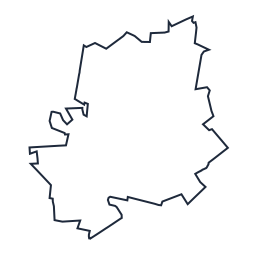 the district of Imuris, Sonora, Mexico, rotated 88°
{"feature_id": "50627088B72229722954939", "entity_name": "Imuris", "entity_type": "district", "adm_level": 2, "iso_a3": "MEX", "parent_name": "Mexico", "parent_adm1": "Sonora", "projection": "mercator", "projection_center": [-110.696, 30.837], "detail": "fine", "context": "isolated", "style": "outline", "palette": "slate", "viewbox_px": 256, "rotation_deg": 88, "n_neighbors": 0, "source": "geoboundaries", "source_scale": "gbopen_adm2", "svg_char_len": 2363}
<svg xmlns="http://www.w3.org/2000/svg" viewBox="0 0 256 256"><g transform="rotate(88 128 128)"><path d="M18.8,59.3L21.6,66.4L27.8,80.8L23.4,83.6L29.4,83.9L29.7,83.9L33.0,84.1L33.9,88.1L34.0,101.9L42.8,103.1L42.4,111.3L36.3,118.1L35.5,119.6L32.3,125.9L35.9,129.4L48.0,147.0L41.9,158.0L45.6,166.8L43.9,169.3L68.6,174.2L70.9,174.5L71.3,174.6L72.0,174.8L72.7,175.0L86.2,177.8L86.3,177.9L88.8,178.4L89.0,178.4L90.1,178.7L92.2,179.1L92.5,179.2L97.1,180.2L103.1,171.0L101.1,170.5L102.5,167.3L109.3,168.2L114.9,168.9L113.1,171.9L107.7,173.0L106.3,172.9L106.4,189.3L117.7,183.3L122.2,188.8L117.9,192.6L111.1,195.3L109.1,202.3L109.2,203.8L118.2,206.1L125.3,204.1L130.8,191.5L132.3,191.2L132.2,187.7L143.2,190.6L143.3,197.5L144.0,227.1L150.3,226.9L148.2,220.1L155.1,219.5L160.3,219.3L160.4,226.4L163.8,223.4L166.8,220.7L182.4,207.0L195.3,208.8L196.0,205.7L199.0,205.7L203.6,204.8L217.5,204.6L218.3,201.2L219.3,196.8L218.9,183.0L218.8,179.0L226.5,182.0L229.5,169.8L233.2,170.8L235.1,170.9L236.7,170.7L236.5,170.0L237.2,169.6L232.0,160.9L227.3,153.2L226.8,152.3L218.4,138.7L217.8,137.6L217.7,137.4L214.5,137.4L206.6,142.1L205.4,143.6L203.9,149.2L199.2,150.6L197.0,149.8L196.1,148.2L200.3,131.2L196.9,130.6L198.8,124.2L204.7,103.9L206.0,100.2L206.4,97.6L202.7,96.2L196.1,76.9L206.2,71.0L201.0,65.3L199.2,63.3L189.6,52.6L184.6,57.7L176.2,62.4L175.9,61.9L175.7,61.5L175.3,60.7L175.2,60.5L175.1,60.4L175.0,60.2L174.9,60.1L174.8,59.9L174.8,59.7L174.7,59.5L174.5,59.2L174.3,58.8L174.2,58.7L174.1,58.4L174.1,58.2L173.9,57.9L173.8,57.6L173.7,57.5L173.7,57.4L173.5,57.2L173.4,57.0L173.4,56.9L173.3,56.7L173.2,56.6L173.2,56.4L173.2,56.2L173.0,55.9L172.9,55.8L172.8,55.7L172.7,55.6L172.5,55.4L172.4,55.3L172.3,55.2L172.2,55.0L172.2,54.9L172.2,54.7L172.0,54.3L171.9,53.9L171.7,53.5L171.6,53.3L171.3,52.6L171.2,52.3L171.1,52.0L171.0,51.7L170.8,51.5L170.8,51.4L170.7,51.3L170.7,51.2L170.4,50.9L170.2,50.7L169.7,50.4L169.4,50.2L169.2,50.1L168.7,49.9L168.4,49.6L167.8,49.3L167.5,49.1L167.4,49.0L167.2,48.9L166.9,48.8L166.5,48.8L166.4,48.8L166.2,48.7L165.9,48.7L165.7,48.7L165.4,48.5L161.3,42.7L151.3,28.9L132.1,44.1L133.0,47.0L126.9,52.9L119.2,42.2L118.6,42.4L117.9,42.6L113.8,44.0L99.0,47.0L93.3,45.0L90.0,47.6L91.6,59.1L57.5,52.0L54.2,49.5L52.6,44.4L46.9,55.4L45.6,58.3L35.7,56.8L30.0,56.0L24.6,56.9L25.2,58.8L23.3,60.3L18.8,59.3Z" fill="none" stroke="#1e293b" stroke-width="2"/></g></svg>